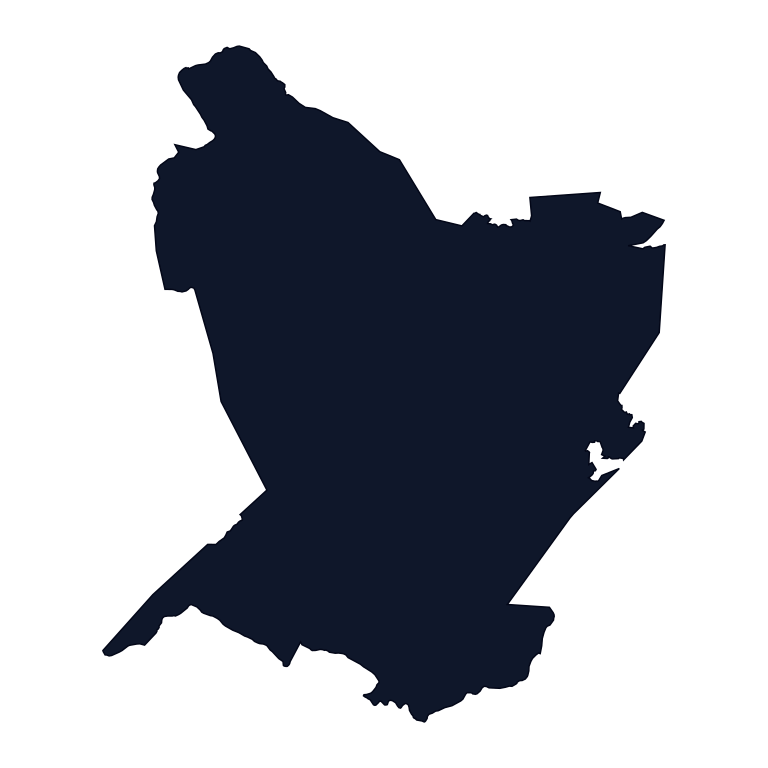 Santos Reyes Nopala, Oaxaca, Mexico
{"feature_id": "50627088B74291328650735", "entity_name": "Santos Reyes Nopala", "entity_type": "district", "adm_level": 2, "iso_a3": "MEX", "parent_name": "Mexico", "parent_adm1": "Oaxaca", "projection": "orthographic", "projection_center": [-97.189, 16.083], "detail": "fine", "context": "isolated", "style": "filled", "palette": "ink", "viewbox_px": 768, "rotation_deg": 0, "n_neighbors": 0, "source": "geoboundaries", "source_scale": "gbopen_adm2", "svg_char_len": 6078}
<svg xmlns="http://www.w3.org/2000/svg" viewBox="0 0 768 768"><path d="M529.9,197.5L531.6,215.8L530.1,221.1L529.6,220.7L524.4,220.6L523.1,219.8L520.5,220.5L519.1,220.5L518.0,220.1L516.5,219.1L511.1,219.7L511.8,220.6L512.6,223.4L513.5,225.1L511.9,226.8L509.7,227.1L507.2,225.9L506.2,225.7L505.9,224.7L503.2,224.5L501.4,225.0L498.8,226.9L497.7,227.2L496.5,225.1L494.9,224.2L494.0,224.2L492.9,224.9L490.4,223.8L487.6,223.5L488.4,221.4L489.6,220.8L490.3,219.3L490.8,218.9L489.8,218.7L489.1,218.2L487.7,216.2L487.6,215.5L486.4,215.1L484.7,215.8L483.6,216.8L480.4,215.4L479.8,214.4L479.0,214.5L476.2,212.5L474.7,213.3L473.9,213.3L461.9,225.9L435.8,219.6L399.4,159.7L379.8,151.7L348.0,122.5L332.9,117.7L320.3,110.7L315.3,108.6L305.3,107.4L299.0,103.3L292.5,97.1L288.4,94.7L286.2,95.2L285.5,94.1L285.7,92.5L284.0,88.7L284.8,87.0L284.8,84.6L282.4,82.7L281.5,82.3L280.3,81.3L277.5,80.8L275.8,78.8L274.9,78.5L273.7,76.3L270.9,71.9L268.0,68.9L266.7,66.0L263.3,62.6L262.1,60.1L259.7,56.8L255.4,52.6L250.6,50.5L249.1,48.8L239.3,46.1L237.0,46.4L233.6,47.8L229.7,48.8L227.1,47.4L224.2,48.6L223.1,50.0L222.6,51.6L220.4,52.9L218.2,52.8L215.4,54.0L212.5,57.2L210.3,61.2L208.7,62.6L205.4,64.1L198.0,65.0L195.6,65.6L188.7,68.9L187.9,67.3L187.9,68.0L186.9,68.5L186.0,67.6L184.2,68.4L182.0,70.1L179.6,72.5L178.5,75.2L178.2,77.1L178.5,79.8L183.4,90.1L191.5,99.7L193.7,104.6L195.5,106.7L200.5,114.3L201.9,117.2L204.1,120.2L207.0,125.7L208.0,129.1L211.0,130.9L211.9,131.1L214.2,133.4L214.5,133.4L215.4,135.4L215.4,137.2L214.2,139.3L212.7,140.7L209.6,142.6L207.2,144.5L205.3,145.3L204.1,146.8L195.9,149.6L174.9,144.7L178.7,152.2L174.2,157.9L168.7,159.0L160.6,165.0L158.8,167.1L157.7,168.9L157.4,171.2L157.6,172.7L159.3,176.3L159.6,178.5L158.1,180.7L155.4,182.8L154.0,183.2L153.9,184.8L154.8,187.6L154.7,189.8L153.4,194.4L152.2,197.2L152.1,199.5L153.6,202.5L154.4,205.3L156.8,209.8L157.9,211.1L158.3,213.4L157.1,216.7L156.4,221.7L154.5,225.7L156.3,250.8L165.0,289.3L172.1,289.4L174.2,289.8L177.9,291.3L180.1,291.4L182.0,291.9L186.1,290.9L188.2,289.4L189.7,287.9L191.1,287.3L193.8,288.0L194.9,290.0L213.0,353.4L221.1,401.5L266.9,490.1L240.1,514.6L241.3,515.6L242.2,518.4L242.1,520.3L240.2,520.9L238.6,522.1L236.9,524.3L234.5,525.3L233.4,526.3L231.2,529.7L230.1,531.0L227.2,532.0L225.8,535.2L224.2,537.9L219.1,541.5L216.0,544.5L207.7,544.4L152.9,594.6L102.9,650.5L103.2,651.6L105.1,654.9L106.7,655.0L109.1,655.9L111.6,655.5L119.2,652.1L122.1,650.5L127.8,646.1L129.5,645.3L136.8,644.0L139.8,643.8L144.6,645.1L156.0,633.0L156.9,631.3L156.9,630.0L158.3,628.9L159.1,627.4L159.0,626.0L161.5,622.8L161.8,619.7L162.6,617.9L164.3,616.5L167.6,616.0L172.1,616.0L174.0,615.6L175.4,616.0L178.5,614.6L180.7,613.3L187.2,608.0L188.4,606.1L189.3,605.2L191.2,604.5L196.9,606.9L200.3,610.1L201.7,612.1L203.6,613.2L210.3,615.6L212.8,616.0L217.3,618.4L219.8,620.2L223.1,624.2L225.4,626.0L232.8,630.2L238.8,632.6L244.6,636.0L247.5,637.0L252.3,639.3L254.5,641.4L257.7,642.9L259.7,643.6L263.3,644.0L265.8,645.0L267.0,645.7L270.2,650.0L272.3,651.6L278.8,658.6L283.0,661.5L283.4,665.4L283.6,665.7L284.8,666.2L286.2,666.4L287.3,666.3L288.7,665.1L289.6,663.7L290.2,661.5L300.6,641.9L302.0,644.7L309.8,648.5L310.8,649.6L312.2,650.5L315.7,650.4L320.1,649.4L322.5,649.6L324.5,650.3L325.9,650.1L327.8,650.9L329.4,652.2L335.2,653.2L338.5,653.0L341.5,653.4L343.3,653.7L345.8,654.8L348.1,657.6L360.4,664.2L363.7,666.9L371.7,671.9L374.9,674.7L378.7,680.5L379.1,681.7L379.0,682.6L377.0,684.7L376.0,687.4L372.7,691.6L371.1,693.0L369.6,693.6L366.5,694.5L364.0,694.7L363.5,695.8L364.8,696.8L367.2,698.0L368.1,698.8L370.2,699.8L373.5,704.8L374.8,705.3L375.9,705.1L378.7,702.4L379.3,701.3L380.3,701.2L381.2,701.4L384.6,704.9L385.9,705.0L387.3,704.6L388.3,701.6L389.1,700.7L390.1,700.3L392.3,700.6L395.6,702.7L397.5,705.9L399.0,707.7L400.5,708.1L401.2,707.5L402.5,705.5L405.0,703.6L406.1,703.6L407.3,704.1L408.3,704.9L409.1,707.4L409.5,710.4L411.6,714.3L413.0,715.8L413.3,717.2L413.8,717.9L414.8,718.5L415.6,718.4L415.8,719.2L416.7,720.0L422.1,721.0L423.8,721.8L424.6,721.9L425.5,721.1L427.1,718.5L427.4,716.4L428.9,714.3L432.4,713.1L435.6,711.1L438.3,710.7L444.8,707.6L452.0,705.7L460.8,700.9L462.9,699.1L465.6,694.2L466.9,692.7L470.6,692.7L471.9,693.0L473.0,694.0L474.1,693.9L475.1,694.3L477.0,693.8L480.1,691.1L482.1,687.8L484.1,686.3L486.4,686.5L489.0,687.8L499.8,688.3L505.5,687.2L509.3,686.1L512.0,686.3L516.0,684.0L516.9,683.2L517.0,682.4L518.7,681.1L520.0,680.6L522.1,680.5L525.3,679.0L527.3,676.5L527.8,675.2L528.8,670.9L529.0,666.4L530.8,661.5L532.5,658.4L536.0,654.9L538.5,653.0L540.2,653.6L541.7,645.8L542.3,638.5L544.0,632.3L545.9,627.7L547.2,626.2L550.0,625.0L553.5,620.1L553.7,618.2L554.2,616.4L554.0,614.6L553.1,612.6L549.4,607.3L507.3,604.5L570.0,517.9L573.6,513.7L619.3,468.5L601.8,475.5L598.7,480.6L597.2,481.4L596.1,481.0L595.5,481.4L591.6,480.5L589.6,478.3L588.5,477.8L591.6,475.4L592.4,474.5L593.1,473.5L593.5,471.0L595.4,470.7L596.1,469.4L592.0,462.6L588.8,464.5L589.3,453.3L589.5,452.5L588.9,451.7L587.5,450.7L585.8,451.2L585.3,450.6L590.0,441.9L592.5,442.4L594.5,442.2L594.6,440.8L597.1,440.9L597.7,441.5L599.8,441.5L600.2,441.7L602.2,447.5L602.7,448.1L603.2,450.1L601.6,454.6L605.0,456.2L602.6,458.2L607.3,458.5L608.2,458.0L608.5,457.1L608.4,456.7L609.4,456.8L610.0,457.7L612.1,458.9L618.5,458.6L619.3,457.8L623.4,458.5L623.6,459.9L641.8,441.1L645.2,432.0L642.5,430.6L642.4,430.0L642.9,430.0L643.6,429.6L643.9,428.6L644.0,423.4L641.9,422.2L641.3,421.4L639.0,421.7L639.1,422.6L638.1,423.9L635.7,423.3L633.2,426.0L633.5,427.9L628.4,427.3L629.8,422.2L632.3,417.6L631.8,414.7L629.5,414.6L629.4,413.9L627.4,414.3L626.3,412.0L624.9,412.5L624.2,412.1L621.4,409.3L622.0,407.9L621.9,405.6L621.4,405.7L619.8,404.0L617.6,400.8L618.6,393.0L619.8,393.4L659.2,332.6L665.1,244.8L663.8,244.9L662.6,245.9L659.6,246.3L656.6,247.4L652.3,248.1L650.1,246.2L644.8,247.3L642.9,248.8L628.1,245.7L643.1,242.8L646.4,240.6L651.0,236.1L657.2,229.1L660.1,226.7L662.4,223.5L664.1,220.3L642.3,212.4L630.9,217.3L625.4,217.6L623.1,218.2L621.6,219.0L620.2,211.7L597.7,203.0L600.3,192.5L529.9,197.5Z" fill="#0f172a" stroke="#020617" stroke-width="1.5"/></svg>